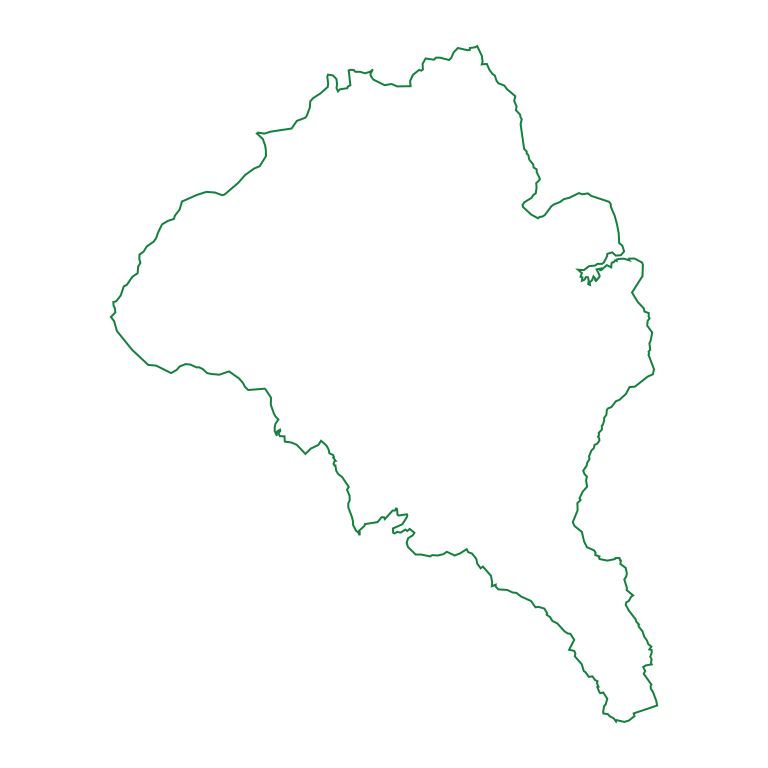 Pades, Gorj, Romania (orthographic projection)
{"feature_id": "2599482B12814420584104", "entity_name": "Pades", "entity_type": "district", "adm_level": 2, "iso_a3": "ROU", "parent_name": "Romania", "parent_adm1": "Gorj", "projection": "orthographic", "projection_center": [22.765, 45.13], "detail": "fine", "context": "isolated", "style": "outline", "palette": "green", "viewbox_px": 768, "rotation_deg": 0, "n_neighbors": 0, "source": "geoboundaries", "source_scale": "gbopen_adm2", "svg_char_len": 6066}
<svg xmlns="http://www.w3.org/2000/svg" viewBox="0 0 768 768"><path d="M657.1,705.5L656.3,700.9L653.0,692.1L650.9,688.8L650.6,686.2L651.4,684.5L643.7,673.8L645.2,671.1L643.2,666.9L645.9,665.4L651.7,664.4L651.0,663.0L651.6,659.3L650.2,656.8L651.7,652.7L651.7,650.2L649.4,649.4L651.4,646.7L648.2,644.0L647.0,640.6L644.2,636.7L642.6,631.5L638.8,626.7L638.4,625.1L639.0,624.5L636.3,621.7L635.7,619.4L629.0,610.8L625.7,604.8L626.3,602.4L628.9,600.9L631.0,596.9L633.1,595.4L626.7,590.1L626.9,587.9L624.3,579.4L626.2,576.6L626.9,573.4L625.6,567.8L620.4,564.0L620.9,560.4L620.0,560.1L619.5,558.0L615.4,558.1L614.8,559.1L607.4,560.6L599.5,559.0L598.9,557.2L599.4,556.4L595.3,555.1L595.5,552.7L594.2,550.4L586.9,547.2L584.0,541.2L581.9,531.9L574.6,526.1L572.8,522.1L577.6,510.3L577.4,503.1L580.6,500.0L579.5,498.4L582.7,491.6L587.1,486.7L586.1,480.5L586.9,476.6L584.6,474.2L583.2,470.7L586.6,465.8L587.3,462.6L589.5,459.1L589.0,456.5L591.4,450.5L593.8,448.2L594.6,444.8L597.0,443.9L599.4,440.7L599.1,437.9L598.0,436.7L599.1,435.0L598.7,432.9L601.9,429.5L601.8,425.8L602.9,424.7L604.2,420.3L604.1,417.9L606.4,414.8L606.8,410.1L608.0,408.4L611.4,407.1L615.8,401.3L619.5,399.8L625.9,394.0L629.5,387.1L635.0,386.6L647.5,376.7L652.9,374.3L654.0,369.1L648.5,354.8L649.1,353.8L648.6,351.6L650.3,349.7L649.4,343.4L650.7,340.4L652.2,332.6L647.2,325.6L647.7,320.7L649.6,318.4L648.6,316.5L648.8,313.1L644.4,311.5L643.8,308.4L637.7,301.9L632.0,292.5L642.5,276.1L642.9,264.7L642.0,262.5L634.7,258.6L629.1,258.6L628.4,259.2L629.2,260.3L623.9,258.7L618.9,258.9L616.6,259.6L616.7,261.0L615.0,260.5L613.6,262.4L612.3,262.3L611.5,263.5L611.2,267.4L606.8,265.1L601.1,270.2L600.4,270.2L600.9,269.0L602.4,268.2L596.6,269.4L599.6,275.4L599.4,277.0L595.9,281.0L595.0,279.8L595.3,278.6L593.5,276.4L592.1,280.2L589.6,282.4L590.0,284.9L588.3,284.2L588.7,280.4L587.9,277.2L585.9,277.1L584.4,279.8L581.9,280.8L582.4,277.4L580.5,276.7L581.9,273.1L578.0,269.7L583.9,270.1L589.0,266.2L595.2,265.5L597.5,263.9L602.0,263.9L603.9,262.4L606.9,256.6L607.4,253.8L612.3,252.4L615.7,255.6L620.9,255.2L624.1,251.4L622.3,245.6L619.2,243.1L618.7,233.3L617.0,224.3L614.7,215.9L610.8,206.7L610.8,204.2L609.1,201.8L591.0,195.8L587.9,193.4L582.4,194.3L578.9,193.1L569.3,197.8L564.0,199.1L559.7,202.2L554.1,204.3L551.4,206.2L544.9,215.0L542.4,216.6L539.6,216.9L538.1,218.3L531.4,214.7L523.1,207.1L522.5,204.9L524.3,202.3L531.6,197.8L533.2,195.1L535.8,193.2L536.6,187.4L536.2,183.2L539.8,179.6L539.7,178.4L536.7,172.2L536.7,169.4L533.6,167.5L533.2,164.4L529.3,159.7L528.3,155.0L526.7,153.5L526.7,151.6L524.1,148.9L520.6,124.2L521.7,119.3L520.4,117.0L520.1,114.6L515.9,110.2L516.6,106.6L514.2,101.0L515.3,96.2L506.9,89.1L504.4,85.6L498.4,83.3L496.5,80.7L494.8,75.5L492.5,74.0L489.4,69.8L486.8,63.9L481.8,64.4L482.6,61.7L481.8,55.8L477.2,46.1L475.2,47.3L469.9,48.0L469.8,49.9L467.6,50.2L457.9,48.0L453.7,52.3L451.2,58.0L449.0,60.0L440.1,57.7L435.9,57.7L434.0,59.7L425.6,58.5L422.6,63.8L422.9,69.5L421.2,70.7L419.1,69.9L412.8,75.0L410.1,81.1L410.6,86.2L397.3,86.4L391.5,84.0L384.7,85.2L373.4,79.6L370.8,76.0L370.4,74.0L372.8,69.4L370.3,71.7L364.9,73.3L360.1,71.8L355.3,71.8L353.8,70.0L350.8,69.8L348.7,70.4L350.4,85.2L347.7,86.7L347.3,88.2L339.9,89.3L338.0,91.3L336.5,88.0L337.1,84.2L336.4,79.0L332.8,75.4L328.0,74.6L327.3,76.8L328.2,83.9L327.7,87.0L320.4,93.5L313.1,98.1L310.3,101.3L309.8,107.6L306.8,115.7L305.4,117.7L296.8,120.9L291.6,128.5L270.4,131.7L264.4,133.6L258.2,132.6L256.9,133.5L262.8,139.0L265.1,145.3L265.9,150.5L266.0,156.1L259.7,166.2L254.0,168.6L245.1,175.0L238.4,182.7L224.6,194.5L222.3,195.2L214.9,192.5L206.4,191.9L197.2,194.8L182.0,201.5L179.6,209.6L174.8,215.8L174.0,218.9L167.9,220.9L162.0,224.4L157.9,232.9L156.2,238.1L153.5,241.8L146.8,246.4L143.5,251.7L139.5,254.5L139.3,258.8L140.4,263.0L138.2,266.4L137.6,273.3L132.2,276.9L126.9,284.8L123.8,286.4L120.7,295.5L116.3,301.2L113.3,302.1L113.6,305.8L114.9,308.3L115.3,312.5L110.9,317.0L114.1,321.1L116.9,331.0L132.1,349.8L148.2,364.9L156.2,365.6L171.1,373.1L176.7,369.9L179.7,366.4L185.7,364.1L190.5,364.6L196.5,367.4L199.2,367.3L202.8,369.1L207.1,373.1L211.5,374.0L219.3,374.7L229.0,371.4L239.1,378.5L243.0,383.0L244.9,386.8L248.2,390.0L264.7,388.7L265.7,389.6L271.0,397.7L270.8,404.8L273.8,413.3L275.4,416.4L278.4,419.5L275.5,423.7L274.7,427.0L274.7,431.1L276.9,435.9L276.4,434.0L277.0,431.6L280.0,429.7L280.3,431.0L278.4,433.5L280.0,436.2L284.5,436.3L284.8,441.6L291.4,442.5L296.8,444.8L305.4,453.9L310.8,448.6L318.4,444.9L321.0,440.8L323.5,442.8L326.8,446.1L328.6,449.5L329.4,453.3L333.1,455.0L333.9,457.0L333.2,457.5L335.6,460.8L334.7,460.8L333.5,463.9L334.6,465.6L335.4,465.5L336.2,470.7L338.3,474.2L342.1,477.0L348.8,487.0L347.0,489.7L349.6,495.8L349.7,500.4L348.3,503.4L348.3,507.4L351.9,516.9L353.1,521.9L353.0,524.7L355.9,530.6L358.4,532.6L359.1,534.5L359.7,534.4L359.7,532.1L359.1,530.7L364.5,525.9L364.9,524.1L377.6,522.1L381.6,517.2L384.0,517.3L384.8,519.1L392.6,510.6L395.0,510.5L396.0,508.5L397.0,509.0L397.5,514.8L398.7,515.5L406.9,514.3L407.3,515.4L406.7,517.4L402.3,524.3L392.9,528.5L393.2,532.8L394.7,533.4L397.2,531.9L400.7,532.6L405.4,529.6L407.3,531.0L409.7,528.9L414.4,532.8L412.8,535.3L408.1,538.2L406.7,542.8L407.9,546.9L415.6,554.5L420.9,554.5L430.1,556.4L432.3,555.1L437.7,555.5L443.3,554.2L446.8,551.8L454.7,555.5L460.2,553.3L466.7,549.2L468.2,552.2L472.0,553.5L476.3,558.9L477.2,563.5L480.6,568.3L482.9,566.6L490.9,575.7L492.2,582.2L491.9,586.2L495.7,584.7L495.6,586.4L498.3,589.4L507.1,589.9L512.7,592.5L516.5,592.9L521.0,596.5L531.0,601.0L535.5,607.3L538.7,606.9L544.4,608.6L547.2,613.4L546.6,614.7L550.1,617.1L552.4,621.0L557.2,623.3L564.6,631.4L567.8,633.5L570.4,633.8L574.2,639.9L569.1,649.8L574.3,650.9L575.4,653.8L574.7,656.2L581.8,664.3L583.8,671.2L585.4,672.1L588.8,676.9L592.4,676.3L595.0,680.0L597.5,681.2L597.0,683.4L598.5,686.8L597.3,687.1L599.4,692.2L600.3,693.2L603.2,692.5L607.3,698.7L605.7,704.3L604.1,706.2L603.1,712.1L603.5,713.5L607.8,714.1L609.7,716.2L613.8,718.4L616.0,721.5L616.5,720.1L624.3,721.9L628.8,720.6L634.5,716.1L633.7,713.4L657.1,705.5Z" fill="none" stroke="#15803d" stroke-width="2"/></svg>